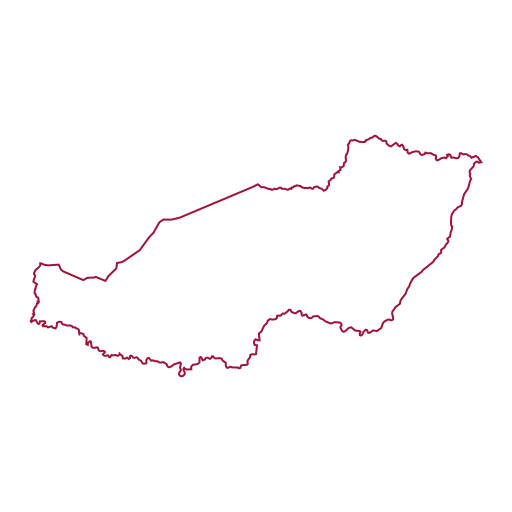 Novo São Joaquim, Mato Grosso, Brazil
{"feature_id": "56859067B6614921382651", "entity_name": "Novo São Joaquim", "entity_type": "district", "adm_level": 2, "iso_a3": "BRA", "parent_name": "Brazil", "parent_adm1": "Mato Grosso", "projection": "mercator", "projection_center": [-53.275, -15.062], "detail": "fine", "context": "isolated", "style": "outline", "palette": "rose", "viewbox_px": 512, "rotation_deg": 0, "n_neighbors": 0, "source": "geoboundaries", "source_scale": "gbopen_adm2", "svg_char_len": 6032}
<svg xmlns="http://www.w3.org/2000/svg" viewBox="0 0 512 512"><path d="M468.0,188.6L470.1,180.7L471.2,179.1L469.7,175.8L470.4,173.9L469.7,173.1L469.6,171.8L470.0,170.3L473.6,166.3L474.1,163.6L476.2,161.7L477.8,161.7L478.9,162.7L481.3,162.2L477.9,157.4L475.6,155.9L473.4,157.2L472.4,157.1L471.6,157.8L470.0,156.0L468.4,155.5L467.2,154.5L465.9,154.1L463.1,154.4L461.0,153.1L459.8,153.4L459.3,156.6L458.0,158.0L456.2,158.3L453.2,157.4L451.8,157.8L450.6,156.7L450.6,155.3L449.7,154.4L448.4,154.4L447.1,154.9L447.8,156.3L446.0,158.2L444.6,157.5L441.4,158.2L437.6,160.4L436.4,159.9L435.6,158.3L436.2,157.2L435.8,155.5L433.5,154.8L430.9,153.2L426.9,153.3L425.4,152.6L424.6,154.0L422.3,154.9L420.9,154.7L418.7,151.6L415.9,151.3L412.7,152.0L409.1,153.7L407.7,152.7L407.3,149.8L405.7,150.1L404.0,149.1L403.3,146.3L402.2,144.7L400.9,145.2L399.8,146.3L398.4,145.7L396.7,143.3L395.6,143.0L391.2,146.2L389.8,146.2L386.6,143.6L386.2,141.1L384.8,140.7L382.9,140.9L381.8,140.4L380.9,139.0L379.3,138.7L375.9,135.9L374.6,135.8L372.1,137.7L370.3,137.9L368.7,139.3L365.6,140.3L365.6,141.3L364.4,142.1L359.6,141.8L354.8,139.8L352.7,140.5L351.4,140.3L350.2,140.6L348.8,143.9L347.9,144.5L348.4,147.0L348.1,150.1L347.1,153.9L346.2,154.5L345.6,157.2L346.0,160.1L345.7,161.7L344.0,163.1L343.6,166.1L341.4,167.5L340.1,167.3L340.5,170.0L338.3,171.3L338.6,172.3L337.5,172.1L334.4,174.3L334.1,176.6L333.5,178.1L331.4,178.4L330.8,179.7L328.6,181.4L329.1,184.2L328.8,185.5L327.3,186.6L327.4,188.0L326.6,189.1L324.7,190.3L323.8,190.7L321.8,188.8L319.7,188.2L317.8,186.7L316.5,186.5L314.0,187.2L313.2,188.6L312.1,188.7L310.1,187.5L307.6,188.2L306.0,187.8L304.6,188.1L301.6,187.2L300.6,186.0L296.5,185.4L295.3,186.2L294.0,186.3L293.0,187.4L291.7,187.5L291.4,188.9L290.0,188.5L287.9,189.8L284.5,188.8L281.8,188.7L280.9,187.7L279.7,187.6L276.3,189.3L274.6,188.6L273.2,189.5L271.6,189.8L270.3,188.9L268.8,189.0L263.9,187.1L261.4,187.3L257.8,184.3L253.0,186.8L180.1,217.5L171.9,219.6L163.3,219.6L160.1,221.7L159.0,222.9L153.6,232.6L149.1,237.3L139.8,250.1L124.3,260.8L121.8,262.1L117.0,263.0L116.3,268.4L108.6,275.9L105.4,280.9L95.8,276.9L94.4,277.5L87.3,277.8L83.3,280.1L62.8,271.2L61.0,269.6L58.7,264.6L48.2,265.4L44.0,264.7L41.4,263.4L40.2,263.4L40.4,265.1L39.2,266.9L35.7,269.9L34.1,272.8L34.0,274.1L35.0,275.1L35.1,276.4L33.5,280.6L33.5,281.9L37.0,284.2L35.7,286.9L35.6,288.7L35.0,289.4L34.5,293.3L35.7,294.2L35.8,295.5L36.6,297.0L37.8,297.4L38.5,298.7L38.4,300.5L38.9,301.6L37.7,301.7L38.1,303.3L37.1,303.4L36.0,306.5L35.0,307.3L33.4,310.8L34.0,313.0L33.1,313.9L34.2,314.6L32.8,317.1L31.7,318.0L31.5,319.8L30.7,321.2L31.5,322.0L32.3,321.0L35.7,320.0L37.9,323.7L39.2,323.8L39.7,323.0L39.8,321.4L44.0,321.2L45.1,321.7L45.3,322.8L42.5,325.2L42.9,326.2L46.9,326.3L47.9,327.4L51.6,326.2L52.5,327.5L55.5,328.4L56.5,326.9L57.1,322.7L59.4,321.7L61.3,322.0L62.0,323.7L63.3,324.6L65.1,324.7L66.7,325.5L70.4,325.5L72.0,326.2L72.9,327.3L74.9,327.3L76.0,328.2L77.9,328.9L79.2,330.4L78.9,331.9L79.4,334.1L80.4,333.0L83.3,333.9L84.0,335.9L86.6,337.9L86.3,344.3L87.8,344.9L87.9,342.8L90.1,341.2L91.0,341.9L91.5,346.6L92.5,347.6L94.8,347.9L96.3,347.3L97.9,347.7L98.6,349.9L99.4,350.9L100.5,351.3L102.1,350.8L104.1,351.1L105.0,352.0L102.9,354.3L103.6,355.4L105.2,355.8L108.3,355.4L108.8,356.7L109.9,357.3L111.6,355.0L113.3,355.4L115.4,355.0L117.8,355.8L119.2,355.0L119.6,353.6L120.8,354.9L122.4,355.8L122.8,358.4L125.7,358.5L127.1,357.6L128.8,359.0L129.9,358.2L129.9,356.2L130.8,355.6L132.0,356.0L133.2,357.6L134.2,357.9L136.7,357.3L137.9,358.1L138.6,359.4L141.1,360.8L142.4,363.1L143.6,363.8L146.3,363.3L146.4,360.0L146.9,359.1L147.7,358.1L148.9,358.0L151.3,360.7L153.1,360.3L154.6,361.1L157.5,361.3L159.0,362.3L160.6,362.6L163.3,362.1L166.6,364.1L167.6,366.6L169.0,367.3L171.3,366.5L174.0,364.3L180.2,362.4L180.9,363.6L180.0,367.8L181.0,370.0L179.1,373.0L179.0,374.4L180.0,375.8L181.1,376.2L182.7,376.1L184.7,374.3L184.7,372.4L183.6,370.2L183.5,368.6L184.1,367.8L185.1,368.8L186.7,369.5L191.3,369.3L191.1,367.6L191.5,366.3L192.9,364.8L197.3,364.1L198.4,363.5L199.5,362.2L199.5,357.7L200.7,357.0L201.5,357.7L202.6,360.3L204.9,359.5L205.5,358.2L206.8,357.6L208.0,357.8L209.9,358.9L211.4,357.8L211.9,356.4L212.9,356.2L214.1,357.8L215.5,358.5L220.1,358.1L221.5,358.6L223.0,360.9L225.7,362.6L225.9,366.1L226.9,367.7L228.2,367.8L230.2,366.7L232.1,367.4L237.8,367.5L238.8,368.3L240.4,367.9L240.9,365.7L241.9,365.2L246.9,364.8L247.8,363.9L247.4,361.5L248.0,359.9L250.0,357.3L250.4,354.8L252.5,354.2L254.6,354.5L256.0,354.1L257.0,345.3L254.6,344.9L253.9,342.8L254.2,341.1L254.9,339.9L255.8,339.3L257.7,340.2L259.6,340.3L258.8,333.6L261.4,331.4L264.0,326.0L267.1,322.8L267.7,320.7L269.9,319.1L272.5,319.6L275.7,319.1L276.8,318.2L277.0,316.0L277.9,315.5L280.1,315.7L281.1,315.3L282.0,314.0L282.9,313.5L284.4,313.8L287.6,311.4L288.8,309.8L290.4,309.8L291.6,312.0L294.5,313.2L295.7,313.2L299.2,310.8L300.5,311.1L301.5,312.7L301.8,315.2L302.7,315.7L305.5,314.6L306.5,314.6L307.4,316.7L308.7,317.9L310.1,318.2L311.6,317.9L313.3,316.4L317.5,316.0L318.7,316.6L319.9,318.1L323.3,319.6L325.1,321.2L330.4,323.4L331.5,323.4L334.7,322.1L340.0,322.6L341.5,324.0L341.5,325.5L340.5,326.6L340.4,327.7L342.2,331.0L343.4,331.8L345.0,331.3L348.8,327.9L351.2,327.3L355.3,330.6L359.7,331.0L360.5,331.8L359.7,333.6L359.9,335.2L361.3,335.5L362.2,334.7L363.5,331.8L365.8,329.7L367.2,330.2L368.0,332.7L369.4,332.9L373.2,330.4L376.9,331.1L381.1,328.1L383.0,323.0L384.7,321.3L387.9,319.6L389.2,319.6L391.1,320.3L392.3,320.0L393.1,319.2L393.1,317.2L392.1,313.7L392.4,311.6L395.6,307.0L399.9,303.8L400.6,300.2L405.7,293.5L407.1,289.5L409.3,286.1L410.1,283.5L412.2,279.6L413.8,277.5L421.4,272.0L423.1,269.9L433.4,261.7L434.1,260.1L437.8,256.3L438.9,253.9L440.6,253.4L441.2,252.1L441.1,249.9L444.5,247.3L445.8,244.9L447.8,242.4L448.4,241.5L448.3,240.4L447.3,239.6L447.3,238.6L450.0,236.7L450.7,232.2L451.7,229.8L452.2,226.4L451.2,225.4L451.0,221.7L451.3,216.4L452.0,214.0L454.3,210.4L455.9,209.4L457.9,207.2L460.9,205.9L462.0,204.4L461.9,202.4L464.1,194.2L468.0,188.6Z" fill="none" stroke="#9f1239" stroke-width="2"/></svg>